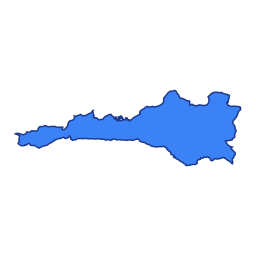 the district of Bunila, Hunedoara, Romania
{"feature_id": "2599482B98386193513706", "entity_name": "Bunila", "entity_type": "district", "adm_level": 2, "iso_a3": "ROU", "parent_name": "Romania", "parent_adm1": "Hunedoara", "projection": "equal_earth", "projection_center": [22.627, 45.695], "detail": "fine", "context": "isolated", "style": "filled", "palette": "blue", "viewbox_px": 256, "rotation_deg": 0, "n_neighbors": 0, "source": "geoboundaries", "source_scale": "gbopen_adm2", "svg_char_len": 5885}
<svg xmlns="http://www.w3.org/2000/svg" viewBox="0 0 256 256"><path d="M212.1,160.7L213.9,159.7L214.4,158.8L216.3,158.7L217.0,158.9L217.3,159.2L218.1,158.8L218.7,158.8L221.2,158.3L222.6,157.6L223.5,157.4L224.1,157.6L224.3,158.2L225.8,158.5L226.2,159.3L228.2,160.6L230.0,161.5L231.6,163.3L232.5,163.7L232.8,162.6L232.1,159.7L232.7,158.5L233.3,158.0L234.1,156.2L234.9,155.1L235.2,154.2L235.1,152.8L231.0,148.4L232.3,147.0L230.1,146.5L228.1,145.2L226.1,142.6L225.5,141.0L227.3,140.9L229.3,140.4L231.8,140.1L231.8,139.9L232.4,139.5L232.5,139.3L232.3,138.8L234.4,137.4L234.7,137.1L234.7,134.6L235.3,132.5L236.0,131.6L236.0,130.3L235.2,128.6L235.0,127.5L234.9,126.2L233.1,123.9L232.7,121.5L234.9,118.9L235.1,118.4L236.4,117.1L236.6,116.2L237.3,115.4L237.3,114.6L237.6,114.2L238.0,112.9L238.8,111.3L239.2,110.7L240.1,110.1L240.6,109.7L240.6,108.8L240.3,108.2L240.5,107.5L240.1,107.0L239.4,106.7L238.0,106.5L232.9,106.2L231.3,106.5L227.5,104.9L227.4,104.7L227.4,103.6L226.7,102.9L227.1,102.3L227.6,102.4L228.1,102.2L227.8,101.5L228.2,101.3L228.1,100.7L228.7,99.5L228.6,98.9L228.9,98.5L229.0,97.6L229.3,96.9L229.4,95.2L227.8,95.0L227.3,94.5L223.3,93.5L221.2,92.4L220.8,92.7L220.1,92.7L218.9,92.4L218.1,92.6L217.0,92.2L215.0,92.3L214.4,92.2L213.6,92.7L212.7,92.7L212.3,93.4L211.5,93.5L211.4,93.8L210.7,94.2L210.0,95.1L209.6,95.2L209.1,95.9L208.1,96.6L208.4,97.7L208.8,98.4L209.0,101.9L208.9,102.4L207.3,104.5L206.5,105.1L203.2,105.6L202.1,105.2L199.1,104.9L198.5,105.1L197.3,106.0L196.8,105.7L193.5,105.4L193.4,105.0L192.2,104.3L191.6,104.3L191.0,104.8L189.9,105.2L189.7,103.5L189.7,101.6L189.4,101.0L187.8,100.7L187.3,100.9L186.5,100.6L184.6,99.4L183.2,99.0L182.9,98.6L182.1,98.3L179.7,98.0L179.7,97.5L179.0,96.1L178.7,94.8L177.4,94.0L176.6,92.1L176.0,91.2L174.9,90.5L174.3,90.4L173.5,91.0L170.0,91.3L168.0,92.9L165.0,96.7L164.4,97.3L163.8,98.2L163.6,98.6L163.8,99.7L163.6,100.4L163.7,101.6L163.1,102.7L162.2,103.6L161.9,104.1L158.6,106.0L157.3,106.2L155.0,107.0L152.7,106.4L149.7,107.1L148.6,106.9L148.0,106.5L146.4,106.6L145.6,107.1L144.6,108.3L141.4,110.1L140.2,111.0L139.6,112.9L140.2,114.1L138.3,115.0L137.7,115.6L136.3,116.1L133.5,117.8L132.8,118.3L131.5,119.7L129.3,120.9L129.1,120.3L129.4,120.2L129.5,119.9L129.1,119.7L127.6,120.0L127.3,119.2L127.2,118.1L126.3,118.1L125.9,117.8L125.5,118.1L125.7,119.0L125.4,119.8L124.8,119.9L124.0,119.6L123.4,119.8L122.6,119.8L122.6,120.2L122.4,120.4L118.0,120.7L118.2,120.4L118.8,120.2L119.5,119.2L119.5,118.7L120.1,118.5L120.1,118.2L120.9,118.5L121.8,118.2L122.4,118.5L122.9,118.5L122.3,117.3L121.0,115.9L120.2,117.0L119.5,117.3L119.2,116.7L118.5,116.9L118.9,117.8L118.8,118.5L118.7,118.7L118.2,118.7L116.8,119.4L116.3,119.4L116.1,119.6L116.2,119.8L115.1,119.1L115.5,118.9L116.4,118.7L116.6,117.3L115.3,117.0L115.3,118.1L114.7,118.2L114.1,118.1L112.7,116.1L111.9,116.0L111.2,114.5L111.1,114.4L108.8,114.6L108.1,115.3L105.8,116.2L104.7,116.9L103.8,117.9L103.5,118.7L102.6,119.3L101.0,119.4L98.7,119.9L98.2,119.5L97.3,118.3L96.0,117.8L93.7,117.7L93.3,117.4L93.3,116.7L93.8,116.4L94.1,115.5L93.7,115.0L93.3,113.7L92.8,111.1L93.0,110.6L92.5,110.8L91.2,112.8L88.3,114.0L86.2,115.3L82.8,115.9L82.1,115.5L80.7,114.4L80.1,114.8L78.4,115.3L76.5,116.1L75.6,116.3L74.2,116.0L74.5,116.9L74.5,117.6L74.2,118.5L73.6,119.3L72.7,120.2L70.1,120.8L69.1,121.5L68.3,122.9L67.7,124.9L67.5,126.2L64.3,129.6L62.7,129.6L62.1,129.5L62.8,127.2L61.0,127.1L59.6,127.6L59.0,127.1L57.9,127.4L56.7,127.2L55.4,126.5L52.1,126.4L49.2,126.7L47.4,126.6L46.4,125.9L44.9,125.7L42.3,126.7L41.0,126.5L40.0,126.7L38.7,127.5L37.5,130.6L36.1,131.2L35.1,130.8L34.2,131.0L31.9,130.8L30.8,131.2L30.5,131.4L30.2,132.0L29.8,132.2L28.1,132.2L26.9,131.8L26.6,132.0L26.4,132.9L25.8,133.6L24.1,134.5L23.3,134.6L21.9,134.5L18.7,133.4L16.0,133.5L15.4,133.8L18.1,134.9L19.7,136.0L19.3,136.9L19.3,137.9L18.9,139.6L19.2,141.5L18.9,142.1L18.4,142.6L18.1,143.1L18.5,144.0L19.9,145.0L21.8,145.8L24.2,145.7L24.4,145.6L24.8,144.9L26.0,145.2L26.8,144.8L28.0,143.6L28.8,143.5L29.4,143.7L30.3,145.0L31.0,145.4L35.1,145.6L36.2,146.6L39.1,148.1L41.2,147.0L42.9,146.3L43.5,145.8L45.1,145.7L47.2,145.1L49.8,143.2L51.2,142.7L56.0,139.5L56.6,139.5L57.6,138.8L58.9,138.6L60.0,138.7L60.7,138.2L62.8,137.6L63.6,137.1L64.4,137.5L64.6,138.0L64.9,138.2L66.1,138.5L68.5,137.4L69.1,136.7L69.3,136.0L69.6,135.9L70.9,137.8L70.6,138.8L72.1,139.8L72.3,140.3L75.8,139.7L77.6,138.5L80.4,138.6L81.2,138.5L83.1,138.7L84.9,138.4L88.8,138.8L93.1,138.7L95.5,139.1L96.8,138.8L99.3,138.9L101.5,139.3L103.1,139.0L104.7,139.4L105.6,140.2L107.1,139.6L108.6,139.8L109.6,139.7L110.0,139.8L110.4,140.4L110.6,140.5L111.9,139.8L114.0,139.0L115.9,139.3L116.3,139.8L117.1,139.9L119.4,139.7L121.1,140.0L123.3,139.9L125.0,140.0L125.6,140.3L126.9,140.3L129.2,139.8L130.4,140.1L131.7,140.0L133.2,140.4L134.2,140.0L134.9,139.5L137.9,139.0L139.3,140.0L139.8,141.1L140.8,141.7L143.6,142.4L144.7,142.5L145.2,143.0L146.3,143.4L146.5,143.8L147.0,144.1L149.5,144.7L151.1,145.9L151.9,146.2L156.2,147.0L157.3,146.7L158.9,146.8L160.0,146.5L161.1,146.7L163.3,146.4L164.4,146.6L164.7,147.0L166.6,148.0L167.0,149.3L167.6,149.7L168.0,150.4L168.9,150.6L169.1,151.4L169.8,151.5L170.6,152.3L170.9,152.8L170.8,153.8L171.2,154.6L173.7,155.1L174.4,155.9L174.4,156.4L173.5,156.9L173.6,157.4L174.2,157.6L175.1,157.4L175.6,157.9L175.7,158.3L176.2,158.7L176.7,158.8L177.1,159.2L178.5,159.6L179.4,160.6L180.3,161.0L180.8,161.5L181.6,161.7L183.3,163.1L185.5,164.2L185.7,164.4L185.5,164.7L185.6,165.1L186.5,165.6L188.0,165.3L189.2,165.3L190.1,165.0L190.8,165.1L191.4,164.6L193.2,164.4L194.7,164.5L196.0,164.2L196.3,164.0L196.5,163.5L197.2,163.1L197.1,162.5L197.2,162.0L197.1,161.2L197.3,160.6L198.1,159.8L198.5,159.5L199.1,159.7L199.8,159.3L200.5,159.2L200.6,158.9L200.4,158.3L200.7,157.9L201.7,158.2L202.8,158.1L203.8,157.3L206.3,157.3L208.2,156.9L208.6,157.5L209.5,158.0L210.5,159.0L210.7,160.3L211.4,160.7L212.1,160.7Z" fill="#3b82f6" stroke="#1e3a8a" stroke-width="1.5"/></svg>